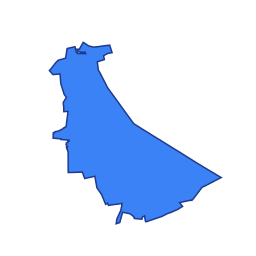 Santo Domingo, San Luis Potosí, Mexico (orthographic projection), rotated 73°
{"feature_id": "50627088B7585630413925", "entity_name": "Santo Domingo", "entity_type": "district", "adm_level": 2, "iso_a3": "MEX", "parent_name": "Mexico", "parent_adm1": "San Luis Potosí", "projection": "orthographic", "projection_center": [-101.913, 23.412], "detail": "fine", "context": "isolated", "style": "filled", "palette": "blue", "viewbox_px": 256, "rotation_deg": 73, "n_neighbors": 0, "source": "geoboundaries", "source_scale": "gbopen_adm2", "svg_char_len": 4547}
<svg xmlns="http://www.w3.org/2000/svg" viewBox="0 0 256 256"><g transform="rotate(73 128 128)"><path d="M153.1,198.2L155.1,191.1L156.8,184.6L162.1,184.2L163.6,184.2L164.5,173.8L170.0,174.5L176.1,175.2L177.7,174.7L184.1,172.7L187.4,172.4L194.5,171.7L194.1,170.4L193.9,169.5L196.3,169.3L196.4,168.5L197.0,164.4L197.8,159.9L198.4,155.8L199.8,156.5L200.1,156.5L204.7,159.0L211.8,165.3L216.1,167.3L216.1,165.5L216.0,163.5L207.0,157.8L209.1,153.9L210.8,150.9L214.5,148.4L216.4,148.4L219.3,141.4L217.5,140.4L216.9,137.9L222.3,138.6L223.0,138.2L222.9,135.2L222.8,133.8L222.8,131.2L222.7,130.0L222.7,128.7L222.6,126.8L222.6,125.0L222.5,123.2L222.5,122.0L222.4,120.9L221.4,115.3L221.3,113.1L221.4,112.2L221.2,110.8L220.4,104.3L218.9,98.7L214.4,100.5L214.9,94.6L215.4,88.9L215.6,89.0L215.7,88.9L215.5,88.6L215.6,88.4L215.4,88.4L215.5,87.2L209.8,79.2L206.4,74.6L206.0,72.7L206.1,72.4L206.1,72.0L206.0,71.8L203.0,55.6L202.6,53.4L202.5,53.5L202.3,53.6L201.8,54.2L200.4,55.4L199.7,56.0L199.3,56.4L198.9,56.8L196.8,58.6L195.4,59.9L193.7,61.5L193.2,61.9L192.8,62.3L192.5,62.6L192.1,62.9L191.8,63.2L191.3,63.7L190.9,64.0L190.5,64.4L189.0,65.7L187.3,67.3L185.5,68.9L180.3,73.5L172.8,80.0L167.2,84.8L163.6,88.0L159.8,91.4L158.7,92.3L157.6,93.3L156.9,93.9L156.3,94.4L154.9,95.6L152.8,97.5L152.1,98.1L151.7,98.4L151.2,98.9L150.7,99.3L149.7,100.2L149.2,100.6L148.8,100.9L146.2,103.3L145.8,103.6L144.8,104.5L144.2,105.0L142.9,106.2L140.6,108.2L139.8,108.8L139.1,109.5L137.8,110.6L137.1,111.2L136.8,111.5L135.0,113.1L125.6,121.2L121.1,122.8L114.2,125.2L104.2,128.6L94.0,132.1L83.6,135.7L83.2,135.8L78.0,136.7L73.1,137.6L67.8,138.5L63.9,139.4L63.4,139.3L62.1,139.1L61.6,139.0L57.4,138.3L55.7,138.0L55.7,130.6L51.7,130.2L51.3,128.1L51.2,127.6L51.0,126.8L50.9,126.1L50.8,125.6L51.2,122.0L51.3,121.2L43.4,121.3L42.7,125.1L42.2,128.0L42.0,129.6L41.2,134.3L41.1,134.6L40.6,137.2L39.8,138.6L38.9,140.1L38.0,141.6L37.7,141.8L34.8,144.3L34.5,144.4L34.4,144.5L33.0,145.8L33.3,146.1L35.2,148.1L37.3,150.2L37.3,150.3L37.6,150.7L38.0,151.0L38.5,151.6L37.7,153.6L37.9,153.7L38.1,153.7L38.3,153.7L38.6,153.6L38.8,153.6L39.0,153.6L39.3,153.6L39.5,153.6L39.8,153.6L40.1,153.2L40.4,153.5L40.4,153.4L40.5,153.2L40.6,152.9L40.7,152.7L40.9,152.4L41.0,152.1L41.1,151.7L41.7,151.2L41.8,151.1L41.8,150.9L41.9,150.7L41.9,150.4L42.0,150.2L42.1,149.8L42.1,149.7L42.2,149.4L42.3,149.0L42.4,148.9L42.4,148.7L42.5,148.4L42.6,148.2L42.6,147.9L42.7,147.6L42.7,147.4L42.8,147.3L42.8,147.2L42.8,146.9L43.0,146.9L43.3,146.9L43.5,146.9L43.6,147.0L43.8,147.0L44.1,147.0L44.4,146.8L44.5,146.8L44.1,147.9L43.7,149.3L43.6,149.6L43.1,151.0L43.0,151.4L42.9,151.8L42.7,152.5L42.6,152.9L42.4,153.5L42.2,154.1L42.1,154.3L41.5,154.7L40.7,155.3L40.0,155.3L38.9,155.2L37.1,155.1L35.5,155.0L34.8,154.9L34.8,155.0L34.7,155.8L34.7,156.4L34.7,156.9L34.6,157.3L34.5,158.4L34.4,159.5L34.4,159.9L34.4,160.2L34.4,160.7L34.3,161.1L34.3,161.3L34.3,161.7L34.2,162.0L34.2,162.4L34.2,163.0L37.2,164.5L38.6,165.1L39.4,165.5L42.2,166.9L43.0,167.3L42.8,173.2L42.8,174.3L42.8,175.1L44.7,178.5L46.1,180.4L46.5,181.0L46.8,181.4L46.9,181.5L47.5,182.4L47.6,182.6L48.5,183.8L49.0,184.6L49.4,185.2L49.8,185.9L50.1,186.4L55.0,184.1L56.5,177.2L65.8,179.3L77.2,179.2L80.7,178.0L84.7,182.5L87.9,183.2L88.3,183.1L93.6,184.6L94.6,180.5L101.2,183.5L108.8,186.9L108.8,187.1L108.8,187.4L108.8,187.6L108.7,188.0L108.8,188.2L108.9,188.4L109.0,188.5L109.2,188.8L109.3,189.0L109.1,189.7L109.3,189.9L109.5,190.2L109.8,190.9L110.0,191.4L109.9,191.6L110.0,192.1L110.0,192.6L110.1,192.8L110.2,193.0L110.2,193.3L110.2,193.5L110.3,193.9L110.4,194.2L110.4,194.3L110.4,194.5L110.5,194.8L110.5,195.2L110.5,195.9L110.5,196.2L110.5,196.4L110.5,196.5L110.5,196.8L110.4,196.9L110.3,197.5L110.3,197.8L110.2,198.6L110.4,198.7L110.4,198.8L110.5,199.1L110.6,199.3L110.6,200.1L110.8,200.8L111.3,200.6L111.4,200.8L111.6,201.0L111.8,201.3L112.7,201.5L115.8,202.6L118.8,195.3L119.4,195.5L122.3,188.1L122.5,188.3L122.6,188.6L122.9,188.4L123.1,188.4L123.0,188.2L123.3,188.2L123.5,188.5L123.5,188.8L123.4,188.8L123.4,189.0L123.4,189.3L123.2,189.3L123.2,189.5L123.4,189.5L123.5,189.6L123.8,189.5L123.9,189.8L124.0,190.1L124.1,190.5L124.3,191.1L124.4,191.5L124.5,191.5L124.9,191.5L125.1,191.4L125.5,191.7L125.8,192.1L126.1,191.9L127.3,191.4L127.5,191.4L127.9,191.3L128.3,191.3L128.1,192.4L128.4,192.4L128.8,192.4L129.2,192.5L129.8,192.3L129.8,192.6L130.1,192.6L130.4,192.5L130.7,192.4L131.1,192.3L134.2,192.5L135.3,192.8L135.5,192.9L136.4,193.2L136.8,193.3L137.5,193.5L138.9,193.9L144.0,195.5L151.4,197.7L153.1,198.2Z" fill="#3b82f6" stroke="#1e3a8a" stroke-width="1.5"/></g></svg>